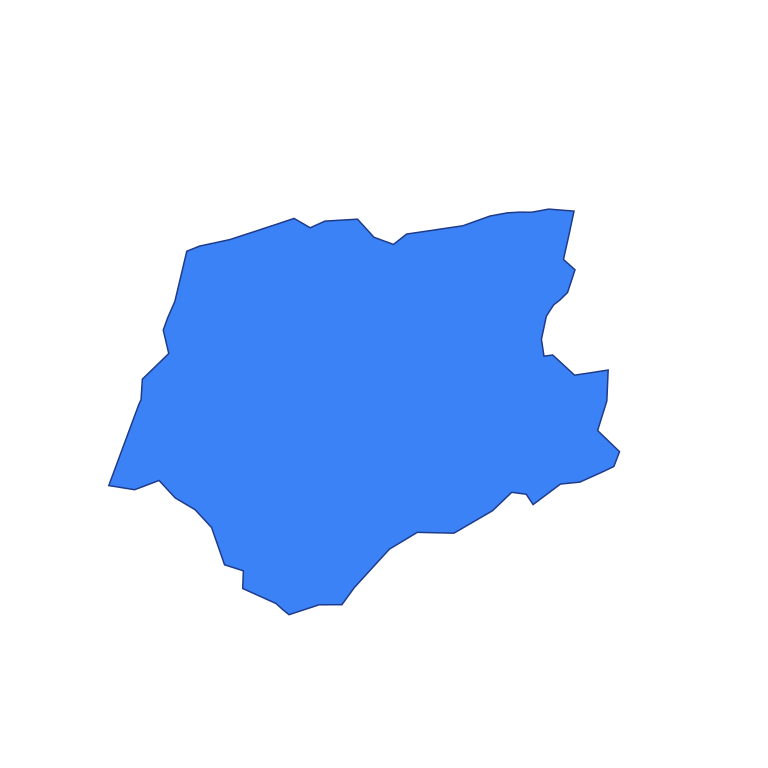 Mo'nxxairxan, Hovd, Mongolia, rotated 303°
{"feature_id": "93677404B78985711680855", "entity_name": "Mo'nxxairxan", "entity_type": "district", "adm_level": 2, "iso_a3": "MNG", "parent_name": "Mongolia", "parent_adm1": "Hovd", "projection": "equal_earth", "projection_center": [91.832, 47.003], "detail": "fine", "context": "isolated", "style": "filled", "palette": "blue", "viewbox_px": 768, "rotation_deg": 303, "n_neighbors": 0, "source": "geoboundaries", "source_scale": "gbopen_adm2", "svg_char_len": 1023}
<svg xmlns="http://www.w3.org/2000/svg" viewBox="0 0 768 768"><g transform="rotate(303 384 384)"><path d="M440.1,621.7L455.5,618.4L461.3,588.5L491.2,580.1L517.8,564.4L495.2,539.0L500.2,509.7L494.5,503.0L507.2,491.7L529.3,483.2L542.8,483.2L550.0,485.7L560.7,488.1L583.8,482.0L586.2,466.7L609.3,458.1L632.5,449.2L627.5,440.0L620.4,426.9L608.4,414.2L602.2,404.4L594.7,394.2L582.7,381.5L559.6,363.9L522.1,321.3L506.2,315.9L501.6,295.7L507.8,272.0L488.4,245.7L474.8,237.0L473.9,218.4L454.0,202.5L421.2,176.1L399.2,154.2L388.0,146.3L378.1,149.8L339.4,163.6L321.3,166.6L309.0,169.5L292.3,186.9L256.5,178.7L238.5,188.8L233.0,189.6L148.9,208.5L159.5,232.4L167.5,238.3L180.6,247.9L174.7,271.0L175.7,294.0L169.7,317.6L145.5,348.8L150.7,367.8L135.5,376.9L141.1,413.2L139.6,422.1L138.8,430.0L163.4,449.7L176.0,468.9L197.3,470.0L248.5,478.5L277.7,492.7L297.0,523.9L337.0,544.1L362.7,550.1L363.0,550.7L369.0,563.3L364.1,574.7L396.2,586.5L408.4,601.7L431.8,616.7L440.1,621.7Z" fill="#3b82f6" stroke="#1e3a8a" stroke-width="1.5"/></g></svg>